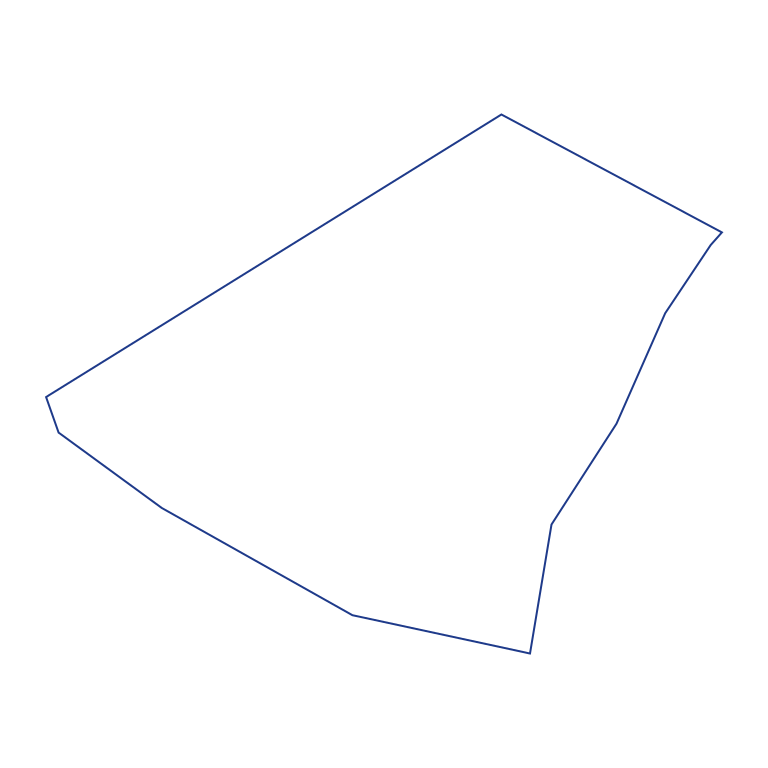 outline of 24, Ad Dawhah, Qatar
{"feature_id": "91078587B3857116379359", "entity_name": "24", "entity_type": "district", "adm_level": 2, "iso_a3": "QAT", "parent_name": "Qatar", "parent_adm1": "Ad Dawhah", "projection": "albers", "projection_center": [51.519, 25.27], "detail": "fine", "context": "isolated", "style": "outline", "palette": "blue", "viewbox_px": 768, "rotation_deg": 0, "n_neighbors": 0, "source": "geoboundaries", "source_scale": "gbopen_adm2", "svg_char_len": 314}
<svg xmlns="http://www.w3.org/2000/svg" viewBox="0 0 768 768"><path d="M46.1,397.1L58.6,432.6L161.8,508.0L352.4,615.2L524.9,652.4L529.3,653.4L530.0,653.5L551.5,524.5L616.5,423.7L665.2,313.2L710.7,245.0L721.9,232.4L501.4,114.5L48.7,395.4L48.0,395.9L46.1,397.1Z" fill="none" stroke="#1e3a8a" stroke-width="2"/></svg>